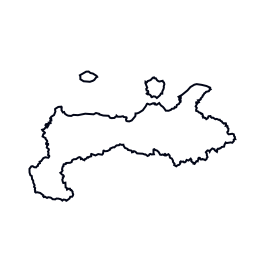 Anatolikis Makedonias kai Thr*, Anatoliki Makedonia kai Thraki, Greece, rotated 171°
{"feature_id": "26713481B84884565940454", "entity_name": "Anatolikis Makedonias kai Thr*", "entity_type": "district", "adm_level": 2, "iso_a3": "GRC", "parent_name": "Greece", "parent_adm1": "Anatoliki Makedonia kai Thraki", "projection": "mercator", "projection_center": [25.319, 41.071], "detail": "fine", "context": "isolated", "style": "outline", "palette": "ink", "viewbox_px": 256, "rotation_deg": 171, "n_neighbors": 0, "source": "geoboundaries", "source_scale": "gbopen_adm2", "svg_char_len": 5791}
<svg xmlns="http://www.w3.org/2000/svg" viewBox="0 0 256 256"><g transform="rotate(171 128 128)"><path d="M40.7,155.1L43.9,157.2L48.5,159.1L53.3,160.6L55.7,160.4L59.9,158.7L63.4,155.8L69.6,152.2L73.2,150.9L72.9,150.4L71.7,151.0L71.0,150.5L71.3,148.8L71.8,148.5L72.8,148.8L73.0,148.1L72.9,147.6L71.7,146.9L71.8,146.1L72.1,145.5L72.7,145.6L73.7,143.9L76.1,143.1L77.1,141.0L78.2,140.8L78.6,141.2L79.6,140.0L81.8,140.1L82.6,139.3L85.1,138.7L88.0,139.2L89.1,141.6L90.2,143.4L92.0,145.2L93.3,147.8L96.0,146.5L98.0,147.2L98.5,147.9L97.4,147.9L97.6,148.2L99.3,148.5L102.8,147.7L105.1,149.0L105.6,148.8L106.9,146.9L110.6,143.2L114.8,141.4L116.7,141.0L118.3,141.2L118.8,138.8L119.2,138.3L123.1,134.9L125.7,134.3L127.9,134.9L128.6,135.5L128.6,136.9L127.7,138.1L127.9,138.8L130.4,139.5L131.1,140.4L133.8,140.3L136.3,140.7L137.4,142.0L137.8,141.1L138.9,140.9L139.7,140.1L142.5,140.3L144.0,140.8L145.3,143.1L150.5,144.2L154.2,145.9L154.2,146.5L157.3,147.8L159.8,146.9L168.0,148.8L175.4,148.5L179.9,149.5L182.2,148.8L185.1,149.5L186.5,150.4L188.1,152.0L188.6,153.8L189.9,153.6L190.9,156.1L190.5,157.5L190.7,158.1L190.2,158.9L190.5,159.5L193.6,159.7L196.9,158.3L197.2,157.3L197.1,155.7L199.0,152.4L202.1,151.1L202.5,150.3L203.4,149.8L203.2,148.9L202.4,148.8L202.5,147.4L203.7,147.2L203.7,144.9L204.2,144.9L204.1,145.7L204.4,146.5L204.4,145.4L205.5,145.7L205.8,143.6L206.5,142.7L206.5,143.7L207.2,144.6L208.4,144.6L209.1,143.7L208.0,142.0L208.1,141.2L209.4,141.4L210.9,140.0L213.1,139.7L212.8,138.8L210.8,136.4L211.2,135.7L212.6,135.2L213.7,133.0L211.0,130.9L211.1,130.0L209.9,128.1L209.9,127.1L211.2,125.9L211.4,125.0L211.1,124.7L209.4,124.7L209.5,123.9L210.5,123.4L211.3,121.4L209.5,119.4L209.8,118.3L210.7,117.3L210.4,115.8L211.2,113.9L210.2,113.1L210.3,112.1L211.3,111.1L214.2,112.0L216.3,111.5L218.9,108.9L220.6,108.5L220.5,107.0L222.0,106.5L222.6,105.9L222.9,104.7L224.0,104.4L224.9,103.5L226.7,103.9L228.1,105.2L229.5,105.2L231.7,103.1L232.2,99.4L231.8,96.6L230.6,95.7L230.7,92.3L229.9,91.0L230.1,88.8L229.2,86.1L230.0,84.6L229.1,83.2L229.7,81.5L229.4,80.6L229.8,79.5L229.2,78.7L227.6,78.7L224.9,77.6L222.1,74.7L222.5,73.9L221.9,72.9L220.7,73.1L218.9,71.6L217.7,72.1L215.4,71.4L214.7,70.9L213.6,69.5L211.1,68.9L209.7,69.5L208.0,69.2L205.6,68.2L204.2,66.6L203.0,67.4L201.5,67.0L200.5,66.5L200.3,65.8L199.9,65.9L196.8,67.5L195.8,69.1L193.9,68.9L193.0,69.9L192.5,71.1L192.9,72.7L192.7,73.8L193.7,75.6L194.5,75.6L194.8,77.1L196.3,77.3L197.8,76.7L197.9,78.4L198.9,79.1L198.4,83.8L200.5,83.8L200.8,85.1L201.0,87.2L200.1,88.6L200.1,89.6L199.0,90.0L198.9,90.5L199.3,91.5L200.5,92.4L201.8,94.3L200.4,95.0L199.3,96.2L199.6,97.4L199.2,98.6L198.4,100.2L197.7,100.4L197.6,101.4L197.2,102.2L195.2,102.1L194.6,102.6L194.7,103.0L194.2,103.1L190.7,102.7L189.0,103.2L188.2,104.9L186.5,105.6L184.1,105.4L181.5,106.7L180.4,106.8L179.4,106.2L179.4,104.7L178.2,104.8L177.6,103.9L176.1,103.0L175.6,103.9L173.8,104.3L173.0,105.3L172.3,105.5L171.8,105.0L170.9,105.6L168.8,105.8L168.5,108.0L168.2,108.1L164.4,106.0L161.5,106.9L157.8,105.7L156.7,106.6L155.8,109.4L155.4,109.5L154.8,108.8L153.8,108.6L151.8,108.5L149.0,109.5L148.8,110.5L145.6,111.3L144.5,111.0L142.1,112.6L139.6,112.4L138.5,113.2L137.1,112.4L135.2,112.2L135.2,111.5L134.2,108.9L131.7,107.4L131.5,106.4L128.2,105.1L127.6,104.4L127.8,103.4L126.8,103.4L125.8,104.2L124.4,103.4L123.0,101.5L117.5,100.3L115.8,99.3L114.9,99.2L113.0,97.3L111.7,97.7L110.8,98.7L110.0,98.9L108.9,98.2L106.5,98.0L106.7,99.2L106.3,102.3L106.1,102.8L105.4,103.0L104.5,102.0L102.9,101.2L101.5,99.5L100.4,96.6L98.9,96.2L97.8,96.4L97.0,95.8L95.5,96.6L95.2,96.3L95.6,95.1L94.8,94.9L92.2,95.8L91.2,94.3L91.3,92.9L91.0,91.9L89.5,91.0L88.7,88.8L88.9,87.6L87.6,85.2L88.2,84.2L86.3,82.6L85.0,83.4L83.1,83.7L82.0,84.7L81.9,86.2L81.0,86.8L80.2,86.2L78.6,86.2L78.1,85.4L77.3,85.2L76.4,85.6L75.1,87.3L73.3,86.4L70.9,87.9L70.3,86.5L70.7,85.3L69.8,84.1L68.6,83.4L68.9,82.6L67.9,82.1L65.6,84.5L64.4,84.2L64.3,84.9L63.2,85.9L63.3,87.0L62.6,87.5L61.8,87.3L60.8,85.4L59.1,85.7L58.8,85.2L57.7,85.0L56.8,84.2L55.4,84.9L55.0,85.9L54.0,86.8L54.4,88.7L54.2,90.2L54.9,91.9L53.0,93.4L51.5,92.9L51.1,91.8L50.4,92.9L47.9,94.6L45.9,93.4L45.8,92.4L43.9,90.5L43.5,91.3L43.4,92.7L42.3,93.5L41.5,93.1L40.8,93.6L39.9,93.5L38.3,94.6L36.0,94.6L35.3,96.4L33.8,98.4L32.9,97.7L28.8,97.7L27.3,97.1L25.5,98.6L25.4,99.9L24.7,100.3L23.8,100.2L24.1,101.4L23.8,102.3L24.4,103.1L24.5,105.2L25.9,106.0L29.5,106.0L30.3,107.0L30.6,108.4L29.5,109.3L28.9,111.7L29.8,113.0L29.4,114.2L30.1,114.9L31.1,114.9L30.6,115.9L30.6,117.3L31.6,117.6L32.5,117.2L33.9,118.7L34.3,119.8L35.5,120.6L36.1,121.8L37.0,121.8L38.9,123.1L40.3,123.0L42.5,125.0L43.7,125.0L44.5,126.0L44.7,126.9L46.6,127.0L47.8,125.1L49.3,124.5L49.9,125.8L50.5,125.8L51.7,127.0L52.2,126.7L52.5,128.0L52.1,128.5L52.4,130.3L53.3,130.4L53.4,131.0L53.9,131.1L54.2,131.7L55.4,132.2L56.4,133.5L58.0,134.3L57.8,135.6L56.9,137.1L57.8,138.8L56.2,140.8L56.8,142.1L56.6,142.7L56.1,142.7L55.1,141.9L53.8,142.4L54.5,144.4L52.7,144.4L51.7,144.9L51.7,145.7L49.4,147.4L49.1,148.5L48.1,149.0L47.2,150.3L46.2,150.6L45.3,151.5L42.4,151.7L41.9,152.5L40.3,153.3L41.1,154.6L40.7,155.1ZM96.1,154.7L94.8,153.1L91.3,155.3L90.1,156.9L88.8,156.6L88.4,158.7L86.8,161.0L86.2,162.6L86.2,163.5L85.2,165.6L85.4,167.4L86.1,168.1L86.4,169.2L89.7,169.0L90.7,169.5L91.8,170.6L92.8,172.8L94.2,173.0L94.4,173.9L95.6,173.8L98.2,171.8L101.3,171.2L102.2,170.1L102.7,169.9L103.5,170.8L103.8,169.7L102.7,164.8L103.9,163.7L103.7,162.1L102.5,161.6L102.3,160.6L102.7,159.4L103.8,159.4L104.2,159.0L103.4,158.2L102.0,158.0L100.9,157.2L100.2,156.1L100.2,155.3L99.6,154.7L97.9,155.3L96.1,154.7ZM158.4,179.6L155.4,180.1L153.7,180.8L151.7,182.8L150.4,183.3L150.9,184.4L154.2,187.3L156.5,188.2L158.0,189.9L160.5,190.2L167.3,187.6L167.0,186.3L167.4,183.6L164.5,181.1L158.4,179.6Z" fill="none" stroke="#020617" stroke-width="2"/></g></svg>